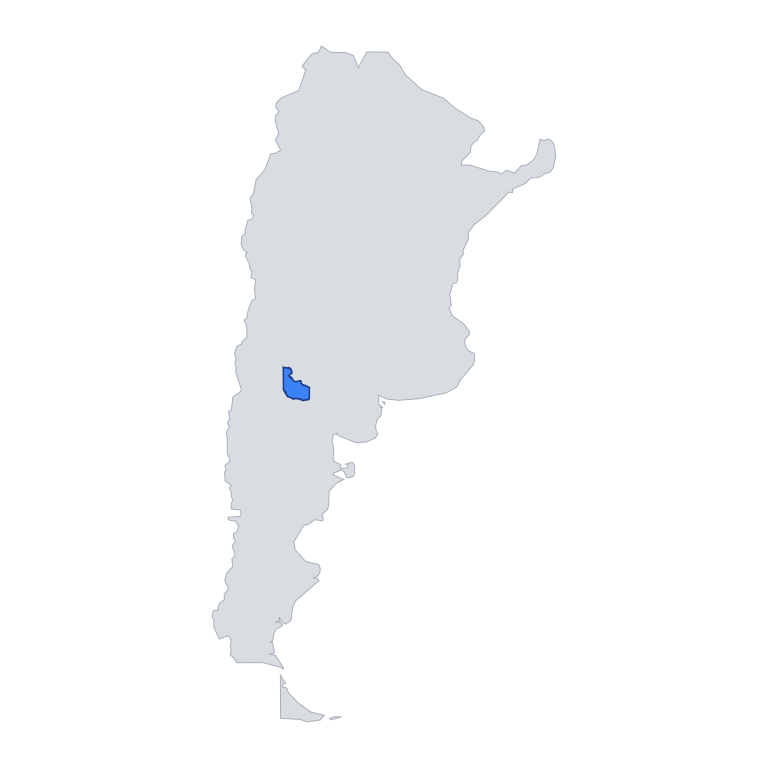 General Roca, Río Negro, Argentina (highlighted)
{"feature_id": "61730980B10000603471831", "entity_name": "General Roca", "entity_type": "district", "adm_level": 2, "iso_a3": "ARG", "parent_name": "Argentina", "parent_adm1": "Río Negro", "projection": "albers", "projection_center": [-67.633, -38.378], "detail": "fine", "context": "in_parent", "style": "filled", "palette": "blue", "viewbox_px": 768, "rotation_deg": 0, "n_neighbors": 0, "source": "geoboundaries", "source_scale": "gbopen_adm2", "svg_char_len": 7511}
<svg xmlns="http://www.w3.org/2000/svg" viewBox="0 0 768 768"><path d="M473.6,225.2L468.0,232.9L468.5,238.5L462.8,251.0L463.7,253.6L459.6,259.5L460.1,266.2L457.7,272.5L457.7,280.7L456.1,283.0L453.0,283.3L449.8,294.4L451.3,305.5L448.9,307.4L452.2,315.8L463.9,324.0L469.4,331.7L469.3,334.7L465.5,338.7L464.7,342.3L466.0,347.5L468.8,351.0L474.5,353.6L474.5,360.8L472.9,365.2L460.2,380.1L457.0,386.8L446.0,392.9L418.8,398.7L398.0,400.3L386.2,398.9L378.6,395.1L378.7,404.3L382.4,407.2L380.4,407.2L381.9,409.0L380.6,416.4L378.1,417.7L375.9,423.8L375.7,429.2L377.8,433.8L375.2,438.1L366.2,442.1L355.8,442.7L336.9,434.9L337.7,433.7L336.7,433.2L333.5,434.6L332.0,440.7L333.9,450.3L333.0,458.6L334.0,461.3L340.8,464.7L340.2,468.0L342.5,468.4L347.4,467.8L348.1,465.2L345.6,464.1L352.3,462.2L354.7,465.8L354.5,474.3L353.3,476.5L348.0,477.9L346.6,477.4L343.9,471.3L341.4,470.0L334.0,473.0L333.0,474.8L343.6,479.5L335.6,483.8L329.2,491.5L328.6,506.0L327.1,510.0L322.8,513.7L322.0,516.4L323.4,518.1L322.7,520.8L314.7,519.7L308.8,524.1L303.6,525.6L293.9,541.8L295.2,549.8L305.6,561.4L318.7,564.6L320.3,568.5L319.7,573.0L318.1,575.7L313.2,578.1L317.3,578.2L319.0,580.6L295.7,600.8L292.7,606.8L291.4,619.1L289.6,621.7L285.0,624.1L281.8,621.6L279.3,617.1L279.4,620.8L275.1,622.2L280.3,622.2L282.7,625.2L275.8,629.8L273.8,633.8L273.0,639.5L270.3,642.8L272.4,642.1L274.5,653.1L269.1,654.0L275.8,655.7L283.5,668.2L282.8,669.2L282.6,667.9L262.8,662.6L236.3,662.7L236.4,661.0L230.1,654.5L231.3,649.6L230.1,645.6L231.2,641.8L230.1,637.3L227.8,635.9L219.3,639.0L213.8,627.0L213.8,620.3L212.1,616.2L213.3,610.7L217.8,610.1L218.8,604.3L224.4,599.5L224.2,593.9L227.5,590.6L228.3,587.8L224.7,580.8L226.8,572.9L232.7,566.7L231.9,559.2L235.1,555.4L232.2,545.5L235.5,541.1L233.7,538.8L233.5,533.5L236.9,532.0L238.9,526.1L235.2,521.1L228.5,519.9L228.1,517.2L239.9,516.5L241.2,512.3L240.4,509.9L231.3,509.1L231.2,503.4L233.0,499.7L231.1,496.1L231.6,492.7L229.1,487.9L231.3,485.5L225.1,480.7L224.7,472.2L226.0,470.0L224.9,465.5L230.2,461.0L227.4,453.0L227.2,437.4L226.1,433.2L229.3,426.7L227.4,422.6L229.8,419.2L228.5,411.3L231.3,410.5L232.9,396.7L240.0,392.3L241.4,389.5L235.8,372.3L236.0,365.8L234.9,362.8L236.1,358.9L234.6,353.4L236.6,346.7L241.6,343.8L242.0,341.6L247.1,336.8L246.6,325.7L244.1,320.1L246.8,318.0L248.3,309.4L252.1,300.4L255.5,298.7L254.5,288.6L255.6,279.4L250.9,277.8L251.8,271.2L250.2,269.7L249.0,262.8L245.8,256.9L245.5,254.1L247.3,252.3L243.7,250.0L241.2,244.5L241.6,239.3L242.1,235.9L245.7,233.2L245.0,230.7L247.9,220.1L251.7,219.4L253.6,215.6L251.5,213.7L251.9,207.4L249.9,198.3L253.4,193.7L256.2,179.6L264.9,169.5L270.8,153.7L275.5,153.4L280.6,149.9L275.4,139.8L278.7,133.4L275.0,119.9L276.1,114.8L279.1,111.9L275.6,106.8L276.6,102.6L281.5,97.8L298.8,90.5L305.7,69.9L302.0,66.2L311.6,54.2L318.5,52.2L321.5,46.1L330.3,52.2L345.6,52.7L353.2,55.4L358.3,67.5L366.9,51.9L388.2,52.2L392.2,58.3L399.9,65.2L405.0,74.4L421.5,89.5L443.0,98.0L455.7,108.6L470.7,118.1L478.2,120.7L483.6,126.9L484.5,131.2L480.7,134.1L477.5,140.0L473.0,143.1L470.8,147.0L470.6,152.0L461.6,161.3L461.5,165.1L469.6,165.0L488.8,171.1L498.2,172.2L501.0,174.3L506.7,170.2L514.7,173.2L521.1,165.7L526.7,164.9L533.3,160.1L537.0,153.6L540.2,139.0L543.3,140.5L549.1,139.2L553.6,142.9L555.9,155.9L553.2,167.7L550.2,172.1L543.9,173.9L540.3,176.9L530.7,178.1L524.8,183.8L512.5,189.1L512.7,192.7L509.0,192.0L487.0,214.5L473.6,225.2ZM280.6,718.4L280.4,675.1L285.6,683.5L283.1,683.0L282.4,687.1L286.6,688.0L288.6,693.0L297.7,702.6L311.1,712.2L324.3,715.3L320.5,719.9L307.5,721.9L299.8,719.3L280.6,718.4ZM329.6,718.4L333.6,716.8L341.5,716.8L331.0,719.9L329.6,718.4ZM385.0,402.4L384.8,404.3L382.1,401.2L385.0,402.4Z" fill="#d9dde1" stroke="#a8b0b8" stroke-width="1"/><path d="M302.0,384.0L301.9,383.9L301.8,383.7L301.6,383.4L301.5,383.5L301.4,383.6L301.2,383.5L301.2,383.4L301.3,383.2L301.2,382.7L301.2,382.2L300.9,381.9L300.9,381.5L300.6,381.5L300.5,381.4L300.6,381.0L300.7,380.8L300.7,380.7L299.5,380.6L299.1,380.8L298.7,381.1L298.1,381.3L297.8,381.4L296.7,381.4L295.1,381.4L294.8,381.4L294.1,381.1L293.0,380.3L292.9,380.0L292.9,379.8L292.6,379.5L292.7,379.3L292.6,379.0L292.5,378.9L292.4,378.7L292.2,378.7L292.1,378.8L292.0,378.7L291.9,378.5L291.9,378.4L291.8,378.2L291.8,377.9L291.7,377.8L291.7,377.7L291.5,377.3L291.4,377.3L291.4,377.5L291.2,377.5L291.3,377.4L291.0,377.2L290.9,377.3L290.9,377.5L290.6,377.5L290.4,377.4L290.3,377.5L290.2,377.3L290.0,377.5L289.9,377.5L289.9,377.2L289.7,377.2L289.6,376.9L289.4,376.5L289.2,376.5L289.2,376.4L289.2,376.2L289.3,376.2L289.1,376.1L289.1,375.9L289.1,375.7L289.4,375.4L289.4,375.1L289.5,375.2L289.5,374.9L289.6,374.7L289.8,374.6L290.0,374.6L290.0,374.4L290.3,374.3L290.4,374.1L290.5,374.1L291.0,373.9L291.2,373.7L291.3,373.6L291.7,373.3L291.8,373.2L291.9,372.9L291.9,372.7L291.8,372.4L292.0,372.2L291.9,372.0L291.9,371.9L291.7,371.8L291.7,371.7L291.7,371.4L291.7,371.2L291.5,370.9L291.4,371.0L291.4,370.9L291.5,370.7L291.3,370.6L291.3,370.4L291.3,370.2L291.2,369.9L291.1,369.7L291.2,369.4L291.1,369.2L290.9,369.0L290.8,368.9L290.7,368.8L290.4,368.7L290.2,368.5L290.0,368.3L289.9,368.3L289.7,368.2L289.4,368.3L289.4,368.2L289.3,368.3L289.2,368.2L289.2,368.3L289.1,368.2L288.8,368.3L288.7,368.2L288.4,368.0L288.3,367.9L288.0,368.0L287.9,368.0L287.7,368.1L287.4,368.0L287.4,367.9L287.2,368.0L287.0,367.9L286.9,367.8L286.7,367.8L286.3,367.9L286.2,367.9L286.0,367.7L285.9,367.8L285.7,367.7L285.6,367.8L285.5,367.7L285.3,367.7L285.2,367.6L284.9,367.5L284.7,367.5L284.4,367.6L284.1,367.7L283.9,367.6L283.5,367.6L283.3,367.4L283.5,390.2L283.5,390.3L283.6,390.5L283.8,390.6L284.0,390.8L284.3,390.8L284.5,391.1L284.8,391.2L284.9,391.4L285.1,391.4L285.1,391.6L285.3,391.5L285.5,391.6L285.6,391.8L285.5,392.0L285.6,392.3L285.6,392.5L285.8,392.7L285.7,392.7L285.8,392.8L285.7,392.9L285.8,392.9L286.0,393.1L286.0,393.3L286.1,393.5L286.0,393.9L286.2,394.0L286.3,394.1L286.3,394.4L286.4,394.5L286.5,394.6L286.4,394.7L286.4,394.8L286.5,394.9L286.7,395.0L286.8,395.2L286.9,395.3L286.9,395.6L287.2,395.7L287.3,395.9L287.4,396.1L287.5,396.2L287.5,396.3L287.4,396.3L287.5,396.5L287.8,396.7L288.1,396.7L288.3,396.9L288.5,397.0L288.9,397.0L289.0,397.0L289.3,397.1L289.6,397.2L289.7,397.3L289.9,397.4L290.5,397.5L290.8,397.6L290.9,397.8L291.0,397.9L291.3,397.9L291.4,398.0L291.5,398.1L291.8,398.2L292.1,398.3L292.1,398.5L292.5,398.8L292.9,398.8L293.0,399.0L293.4,399.1L293.6,399.1L293.9,399.1L294.0,398.9L294.6,398.5L294.8,398.6L295.1,398.3L295.2,398.5L295.5,398.5L295.9,398.6L296.1,398.5L296.3,398.6L296.5,398.4L297.0,398.6L297.4,398.7L297.5,398.8L297.6,398.7L297.9,398.7L298.0,398.9L298.3,399.0L298.7,398.8L298.9,398.9L299.0,398.8L299.3,398.9L299.3,399.1L299.5,399.2L299.8,399.1L300.0,399.2L300.2,398.9L300.5,399.1L300.5,399.4L300.8,399.4L301.0,399.4L300.9,399.6L301.3,399.9L301.5,400.1L301.9,400.2L302.3,400.2L302.4,400.3L303.0,400.4L303.2,400.5L303.6,400.4L303.7,400.5L303.9,400.3L304.0,400.4L304.2,400.2L304.5,400.2L304.8,400.0L305.1,400.0L305.4,400.1L305.8,400.1L305.8,399.8L306.0,399.7L306.3,399.7L306.5,399.6L306.9,399.8L307.2,399.7L307.4,399.8L307.6,399.6L307.8,399.8L307.9,399.7L308.0,399.5L308.3,399.4L308.7,399.1L309.0,399.0L309.3,399.0L309.4,387.3L309.2,387.3L308.7,387.1L308.4,387.1L307.7,386.9L307.7,386.7L307.4,386.6L307.2,386.2L306.7,386.2L306.3,386.0L306.1,386.0L305.8,385.8L305.6,385.7L305.4,385.7L305.4,385.4L305.0,385.4L304.9,385.4L304.7,385.5L304.3,385.4L304.1,385.3L303.8,385.4L303.6,385.1L303.6,384.9L303.2,384.7L302.7,384.7L302.3,384.4L302.2,384.4L302.0,384.0Z" fill="#3b82f6" stroke="#1e3a8a" stroke-width="1.5"/></svg>